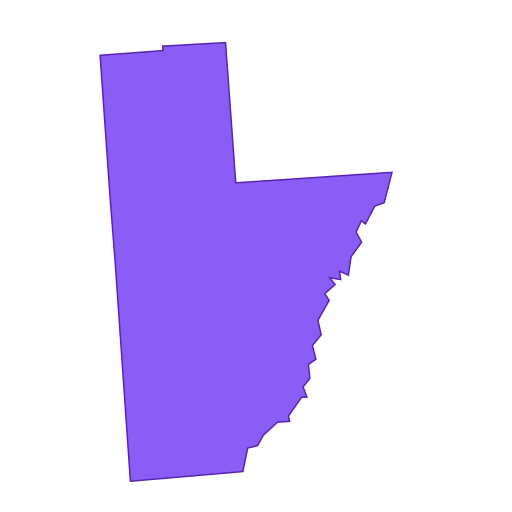 outline of Brown, Minnesota, United States of America, rotated 86°
{"feature_id": "52423323B40765245365821", "entity_name": "Brown", "entity_type": "district", "adm_level": 2, "iso_a3": "USA", "parent_name": "United States of America", "parent_adm1": "Minnesota", "projection": "robinson", "projection_center": [-94.665, 44.303], "detail": "fine", "context": "isolated", "style": "filled", "palette": "violet", "viewbox_px": 512, "rotation_deg": 86, "n_neighbors": 0, "source": "geoboundaries", "source_scale": "gbopen_adm2", "svg_char_len": 646}
<svg xmlns="http://www.w3.org/2000/svg" viewBox="0 0 512 512"><g transform="rotate(86 256 256)"><path d="M471.9,397.0L470.1,284.1L447.0,277.7L445.3,267.7L435.2,261.1L423.3,246.2L423.3,234.0L417.8,234.7L400.1,220.4L400.3,215.0L389.9,218.2L381.8,210.8L367.8,211.3L363.2,203.4L349.3,206.0L339.2,196.5L324.4,198.7L305.4,186.1L298.4,190.0L289.9,179.1L282.8,184.1L285.4,173.2L277.0,173.7L281.5,165.2L263.3,161.2L249.6,149.7L239.2,154.5L228.2,148.5L231.7,144.6L214.5,134.0L211.7,124.4L182.0,114.5L181.6,271.1L41.0,271.5L40.1,334.4L44.6,334.5L44.9,397.5L185.3,397.5L256.2,396.9L471.9,397.0Z" fill="#8b5cf6" stroke="#5b21b6" stroke-width="1.5"/></g></svg>